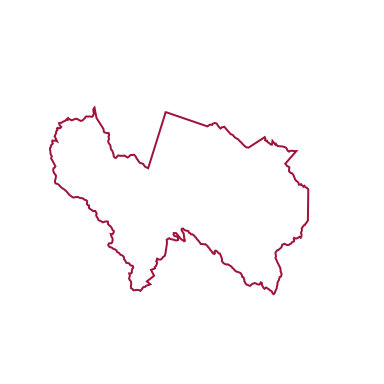 Canindé, Ceará, Brazil (Equal Earth projection), rotated 327°
{"feature_id": "56859067B68432351022715", "entity_name": "Canindé", "entity_type": "district", "adm_level": 2, "iso_a3": "BRA", "parent_name": "Brazil", "parent_adm1": "Ceará", "projection": "equal_earth", "projection_center": [-39.487, -4.403], "detail": "fine", "context": "isolated", "style": "outline", "palette": "rose", "viewbox_px": 384, "rotation_deg": 327, "n_neighbors": 0, "source": "geoboundaries", "source_scale": "gbopen_adm2", "svg_char_len": 5990}
<svg xmlns="http://www.w3.org/2000/svg" viewBox="0 0 384 384"><g transform="rotate(327 192 192)"><path d="M282.9,185.6L263.7,185.6L262.2,184.4L261.5,183.2L260.7,180.1L260.4,177.9L260.0,176.5L259.3,172.8L258.2,170.7L257.7,169.5L257.4,168.2L257.4,166.8L256.8,165.7L255.9,164.5L254.6,154.9L252.1,154.0L250.5,154.3L250.2,153.2L249.9,150.2L250.0,148.2L249.3,147.1L248.4,146.4L246.4,146.1L245.3,146.6L244.5,145.7L243.5,145.3L240.7,145.4L213.9,111.2L213.2,110.7L210.9,112.8L168.2,148.2L167.4,146.7L166.6,145.8L166.3,143.6L166.3,141.7L164.2,139.3L163.9,137.0L164.0,135.7L163.8,133.9L164.1,132.2L164.1,131.1L163.7,129.2L162.6,128.7L160.6,127.5L158.3,128.0L156.7,127.9L155.1,124.5L154.0,124.2L151.5,122.5L149.9,121.1L146.7,122.0L146.0,121.1L145.7,119.8L146.2,118.6L146.7,117.7L147.6,114.0L147.3,112.5L147.6,111.2L148.2,109.9L148.9,108.7L148.8,105.4L149.4,103.7L150.2,103.0L151.2,102.5L151.7,101.4L151.9,100.3L153.0,99.6L153.7,98.8L154.2,97.1L153.2,96.8L150.9,94.1L151.1,93.0L152.1,90.8L152.2,78.0L156.2,68.1L155.2,68.4L154.3,69.0L153.4,70.3L152.9,71.7L152.1,73.1L151.2,73.5L150.3,74.3L149.4,74.6L148.4,73.9L147.5,73.0L145.8,72.1L144.9,71.3L143.7,71.0L142.4,71.7L139.2,72.3L137.6,71.9L136.7,70.7L135.8,68.7L134.8,67.5L133.5,67.0L132.5,66.9L130.2,66.3L129.3,65.0L128.7,63.7L128.4,62.4L127.2,62.6L126.7,63.8L125.7,62.9L124.5,63.2L122.1,62.8L120.3,62.9L119.4,62.3L118.0,61.9L117.4,63.9L117.8,66.2L116.5,66.6L115.2,66.1L114.1,64.9L113.2,65.3L113.0,66.6L111.0,67.3L110.2,68.5L107.1,70.5L107.1,71.9L106.6,74.2L106.4,75.9L105.5,74.4L104.5,74.1L103.0,72.8L102.2,73.5L101.6,75.6L99.2,76.1L98.1,77.4L96.8,77.8L95.8,79.6L95.2,81.2L94.3,82.6L93.9,84.3L93.8,85.8L92.8,86.5L92.1,87.3L92.0,90.5L91.4,96.2L90.1,96.7L88.9,96.7L88.0,97.4L87.3,98.5L86.8,100.1L86.7,102.9L86.9,104.0L86.2,105.1L84.9,106.5L84.1,107.1L82.6,108.8L82.2,110.4L83.5,111.9L84.1,113.0L84.4,114.4L84.5,115.8L85.3,118.2L86.0,119.6L87.0,122.8L87.6,127.6L89.1,131.5L90.1,132.4L91.9,133.0L93.7,134.1L94.2,135.3L96.2,137.1L97.0,138.0L97.5,139.7L98.6,140.9L99.1,142.1L98.6,143.4L97.2,145.0L97.6,146.6L98.3,147.2L96.9,149.2L97.3,150.8L98.0,152.2L98.6,154.1L100.5,155.2L100.5,156.9L100.1,158.5L99.0,159.2L98.6,160.6L98.7,162.2L98.3,164.7L100.1,167.4L100.7,168.9L103.4,169.6L105.3,170.9L104.7,172.3L104.1,173.1L104.5,175.4L105.0,176.5L105.1,177.7L104.9,179.4L104.7,180.9L105.2,181.8L104.7,182.9L102.9,184.0L101.9,183.9L101.0,183.0L100.2,185.6L100.2,186.9L99.9,188.1L98.6,189.9L97.5,190.8L96.6,191.1L94.4,189.9L93.0,190.6L92.7,192.2L93.0,193.3L94.0,194.4L94.8,195.7L95.0,196.8L95.8,197.7L96.4,198.7L96.8,199.8L96.5,201.5L97.7,203.6L97.7,205.5L99.1,207.4L99.5,209.0L99.0,210.5L98.4,211.2L98.6,212.4L98.6,214.0L98.3,215.6L100.5,217.7L100.3,219.3L101.0,220.7L101.9,221.4L102.0,222.5L101.3,223.6L100.2,223.9L98.7,225.1L98.0,226.5L97.3,227.0L96.4,227.0L95.0,226.1L94.3,228.4L92.2,230.2L91.8,231.5L92.1,232.7L91.8,234.5L90.3,236.9L89.3,237.8L88.5,239.4L89.3,241.1L89.4,242.6L92.0,243.8L93.5,244.8L94.3,245.7L94.8,246.8L96.3,246.5L98.9,245.4L99.9,245.4L101.0,246.0L102.2,245.7L103.3,245.8L104.6,246.3L106.8,246.7L105.4,242.4L114.6,241.6L115.2,235.0L119.3,235.9L119.9,234.6L120.8,234.6L121.8,234.3L124.2,232.5L124.2,230.7L125.1,230.5L125.7,229.4L126.5,228.9L127.1,230.1L127.9,231.0L129.0,231.6L130.7,231.4L132.2,230.8L134.5,230.7L136.6,228.7L142.8,221.7L143.6,220.4L144.9,218.2L147.8,218.4L148.3,219.8L149.4,220.7L150.0,221.5L150.8,222.1L151.7,223.5L152.7,224.2L154.0,224.7L154.9,223.8L155.2,222.4L155.0,220.9L153.9,220.0L153.2,219.2L153.4,217.5L154.3,216.5L155.4,217.2L156.3,217.9L157.1,225.1L157.5,226.6L158.2,227.4L158.5,229.0L159.5,229.0L160.1,227.5L160.6,225.6L161.4,224.8L161.7,223.3L162.4,222.6L162.4,219.4L162.6,218.1L163.5,217.3L164.6,217.8L164.9,219.6L166.0,221.2L166.9,221.9L167.7,223.0L167.2,224.4L168.0,225.5L168.1,227.0L169.2,227.6L169.9,229.1L170.5,232.7L170.5,234.5L170.9,236.8L171.1,240.5L172.2,241.1L173.7,242.5L174.8,243.1L175.6,245.7L175.5,246.9L175.9,248.8L175.7,250.4L176.2,252.2L176.1,253.3L176.1,254.9L177.0,256.1L177.9,255.9L178.4,254.2L179.7,253.9L180.3,254.7L180.8,255.8L180.8,257.0L181.1,258.1L181.9,258.9L181.5,260.5L181.4,261.7L180.5,265.0L179.5,266.2L179.5,268.1L180.0,269.6L180.7,270.7L181.6,271.8L182.5,272.0L183.0,272.9L184.5,276.1L184.5,277.5L185.0,279.0L185.2,281.3L186.2,283.3L187.3,284.5L188.5,286.3L188.7,288.1L187.9,290.6L188.7,291.6L188.0,294.3L187.3,295.3L187.1,298.9L189.5,302.4L191.4,302.0L193.2,302.1L194.6,302.3L195.7,303.2L196.3,304.6L197.0,305.5L198.1,306.3L200.5,305.3L201.0,306.7L200.1,307.6L199.9,308.7L199.8,311.6L200.1,312.7L202.1,312.4L203.5,315.5L204.0,317.3L204.7,318.3L204.7,319.5L204.4,321.0L204.8,322.1L206.1,321.9L207.3,321.1L208.5,320.1L209.3,319.7L210.5,319.0L211.4,317.9L213.4,316.0L214.2,314.8L215.3,313.9L216.6,313.4L219.2,311.1L220.2,311.4L221.1,311.0L222.4,309.6L222.9,308.1L223.1,306.7L224.0,305.5L224.7,303.3L225.4,297.2L226.2,292.6L227.2,291.9L227.9,290.8L228.4,289.2L229.3,288.1L231.8,287.3L232.9,287.7L236.3,287.2L237.4,286.8L238.3,285.9L239.1,285.3L240.0,285.7L241.2,285.7L242.0,286.7L242.4,287.8L243.5,288.8L244.7,289.1L245.8,289.0L246.7,289.2L249.0,288.6L250.6,289.0L251.4,288.1L251.8,286.6L252.7,286.1L253.2,287.0L254.2,287.9L255.2,288.1L257.7,288.1L258.2,289.6L259.2,289.2L260.2,288.1L260.7,287.3L261.1,285.7L263.4,283.9L264.3,282.2L265.6,281.6L268.1,280.8L269.1,281.1L270.1,280.3L271.0,280.3L271.9,279.7L273.6,279.1L291.0,253.1L290.7,251.7L290.3,250.5L289.7,249.4L289.6,248.0L288.3,248.2L288.2,246.9L287.7,245.9L287.7,244.8L286.5,244.8L285.6,244.0L286.1,242.9L286.3,241.8L285.5,239.2L285.3,237.6L285.7,236.1L285.9,234.6L286.3,233.5L286.1,230.7L285.2,229.9L284.8,228.5L284.7,227.3L287.1,224.2L285.9,221.8L285.8,220.3L285.6,219.1L301.8,214.5L299.6,213.1L298.4,211.9L296.6,210.9L295.4,211.0L294.7,209.4L295.0,207.4L294.8,205.7L293.6,204.0L292.3,202.8L288.9,200.2L288.6,198.9L288.6,197.3L287.7,197.7L287.3,193.0L285.5,195.1L284.7,195.8L283.9,195.0L283.5,193.2L282.6,191.4L282.8,189.8L282.0,189.6L281.5,188.3L282.5,187.4L282.9,185.6Z" fill="none" stroke="#9f1239" stroke-width="2"/></g></svg>